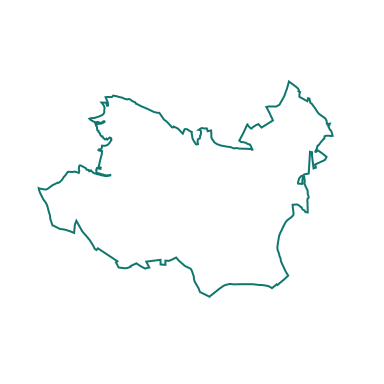 the district of Sincai, Mures, Romania, rotated 348°
{"feature_id": "2599482B3867982596225", "entity_name": "Sincai", "entity_type": "district", "adm_level": 2, "iso_a3": "ROU", "parent_name": "Romania", "parent_adm1": "Mures", "projection": "orthographic", "projection_center": [24.372, 46.658], "detail": "fine", "context": "isolated", "style": "outline", "palette": "teal", "viewbox_px": 384, "rotation_deg": 348, "n_neighbors": 0, "source": "geoboundaries", "source_scale": "gbopen_adm2", "svg_char_len": 6043}
<svg xmlns="http://www.w3.org/2000/svg" viewBox="0 0 384 384"><g transform="rotate(348 192 192)"><path d="M264.6,278.3L264.8,275.1L264.3,273.1L264.3,270.5L263.7,266.4L263.8,265.1L264.0,263.8L265.5,259.6L268.1,253.0L270.0,250.1L271.3,248.6L274.1,244.8L277.3,241.0L279.4,239.4L284.2,237.2L286.3,235.6L286.8,234.3L287.0,233.0L287.5,226.9L287.8,225.4L291.4,225.9L292.5,226.2L293.7,227.2L295.1,229.1L296.0,229.7L296.2,231.4L296.6,232.1L298.2,233.5L298.8,235.2L300.9,236.1L301.9,231.3L302.2,228.9L302.7,227.5L302.9,224.9L303.6,222.7L304.8,221.9L305.0,221.4L305.1,220.7L304.8,218.1L305.4,214.6L304.3,210.4L303.7,206.7L304.4,205.5L304.6,204.4L304.7,202.2L304.3,201.7L304.5,201.0L305.0,200.6L304.8,200.1L303.6,200.9L302.8,202.1L301.5,207.0L297.6,205.9L297.6,204.8L299.6,201.0L301.7,199.4L302.2,199.1L304.9,198.8L305.5,198.1L310.0,198.2L315.8,177.2L317.7,178.0L317.0,180.8L315.8,194.2L318.2,193.9L318.2,190.7L328.2,188.4L328.9,188.1L330.9,185.6L327.5,181.4L324.0,177.7L323.4,177.3L322.1,178.5L321.2,178.5L321.0,178.2L321.5,177.4L323.1,175.6L324.0,173.4L324.6,173.2L324.9,172.6L325.9,172.3L328.9,169.6L330.5,168.6L331.3,167.7L332.4,167.4L332.6,167.2L333.0,165.6L333.3,165.1L333.7,164.9L335.0,164.9L337.5,165.4L339.6,166.1L341.2,166.3L341.2,164.8L340.9,161.7L340.6,160.7L339.8,159.7L339.3,157.2L338.9,156.0L339.0,155.7L340.1,155.4L340.2,154.9L341.0,153.8L338.5,153.8L338.6,153.3L338.1,153.0L338.3,152.3L338.4,150.2L337.7,147.7L332.6,142.2L331.2,139.6L330.1,136.4L328.0,131.7L327.4,130.4L326.5,129.7L326.3,128.9L326.2,126.1L326.3,125.1L325.8,124.7L325.1,124.4L324.2,126.5L323.7,127.2L318.6,122.7L317.2,121.6L316.8,121.1L317.2,119.8L317.4,118.5L318.5,116.6L317.1,115.6L317.6,114.7L317.7,114.1L316.9,112.4L316.3,111.5L309.8,104.1L306.4,110.6L302.1,117.5L295.7,124.8L292.2,125.9L284.9,124.3L282.4,124.3L284.3,130.9L284.9,134.0L285.5,136.0L286.0,138.9L273.4,143.4L271.1,139.4L269.6,139.8L269.1,139.7L264.6,141.4L263.5,142.3L263.1,142.3L262.2,141.2L260.9,139.2L260.5,138.3L260.3,137.4L260.0,137.5L254.8,144.6L248.9,151.6L250.3,153.2L250.8,153.5L251.4,153.5L254.8,155.0L255.5,155.8L257.4,157.1L258.7,157.7L259.9,163.1L259.3,163.1L258.9,162.4L256.0,161.5L247.4,159.4L244.5,158.2L242.0,158.1L239.1,156.1L235.9,155.0L230.0,152.6L226.3,150.3L224.1,147.9L223.2,145.5L222.9,145.0L222.5,144.0L222.4,141.9L223.1,138.7L223.5,135.8L220.0,135.8L219.7,132.9L219.4,132.7L217.7,132.6L215.3,131.6L214.0,131.6L211.5,132.6L212.9,133.1L213.1,133.3L213.2,133.7L213.3,134.6L213.0,136.4L212.5,137.8L211.6,138.6L211.4,140.1L210.6,141.3L209.7,141.3L208.9,141.6L208.2,142.8L207.9,144.4L207.9,146.1L207.8,146.4L206.4,146.5L206.0,146.3L205.7,146.0L205.5,145.1L205.0,144.2L205.0,143.8L204.5,143.2L203.7,139.9L203.6,138.6L203.8,137.8L203.9,134.1L204.3,133.3L201.9,131.4L201.4,130.7L200.1,129.5L198.0,129.0L197.6,129.3L196.2,131.5L195.1,133.0L192.2,128.2L191.5,127.2L190.1,126.0L187.7,124.2L187.2,124.9L185.9,124.6L182.7,119.1L181.6,117.5L180.1,115.9L179.3,114.7L178.8,113.2L176.5,107.8L174.6,107.3L171.5,105.9L166.1,101.7L160.1,97.5L157.6,95.5L157.0,94.8L156.1,94.3L155.8,94.3L155.3,93.5L155.3,92.7L152.7,90.8L151.9,90.1L151.2,89.0L150.2,88.2L149.6,87.9L147.9,88.0L145.4,86.8L143.7,85.4L139.0,83.2L138.1,82.5L137.0,82.2L135.0,81.3L134.6,81.5L133.6,82.4L132.7,82.4L129.7,81.6L127.2,81.3L128.3,87.3L127.8,90.0L126.8,89.9L126.7,86.8L122.1,85.7L123.5,88.5L123.8,89.5L124.0,91.2L123.7,92.4L123.1,94.0L122.7,96.0L122.0,96.9L120.4,98.0L117.0,98.8L111.5,99.3L108.8,98.8L106.9,99.0L107.5,100.0L109.4,101.9L111.7,103.6L112.6,103.9L114.3,103.8L117.4,105.7L119.2,104.8L120.4,104.4L121.0,104.6L121.0,105.3L118.0,106.2L115.9,106.1L111.8,105.4L111.9,106.1L112.5,106.2L112.6,106.6L112.5,106.9L112.0,107.0L111.9,107.2L112.1,107.4L112.6,109.0L112.4,109.6L112.2,111.6L112.4,112.2L113.2,112.6L113.3,113.0L113.0,113.8L113.9,115.2L114.2,116.7L114.2,117.1L114.5,117.8L114.9,118.4L115.3,118.9L115.9,118.9L116.1,119.1L116.1,120.1L117.8,122.5L119.4,122.0L119.9,123.1L122.9,121.6L124.1,122.6L124.1,123.1L123.7,123.5L124.0,124.3L121.4,127.0L120.0,127.9L118.9,128.5L117.0,128.7L116.3,128.7L113.6,128.0L113.0,130.0L112.3,130.8L111.6,131.2L110.0,131.0L109.3,131.2L109.2,131.6L109.5,132.0L110.8,132.6L112.4,133.0L112.6,133.2L111.4,136.7L110.5,138.3L107.6,144.3L107.2,145.8L106.6,146.3L106.2,147.3L106.0,147.9L107.8,149.2L107.2,150.4L104.9,149.3L104.2,148.7L103.9,148.8L103.5,149.8L102.9,150.4L102.8,151.1L103.0,151.5L102.7,152.3L102.6,153.5L105.3,154.6L106.6,155.5L108.8,156.5L110.1,157.4L113.4,158.3L115.6,158.3L115.5,158.8L113.2,158.8L110.6,158.4L107.8,157.1L106.6,156.7L104.7,155.5L102.6,154.7L101.8,154.0L100.8,153.7L98.9,152.0L97.6,149.8L97.0,149.8L96.3,150.4L95.8,150.4L95.5,149.6L95.7,149.3L95.3,148.8L93.6,148.4L93.3,146.9L89.2,143.3L88.2,142.7L87.7,142.7L87.2,143.0L86.5,144.6L86.0,146.5L86.1,148.1L85.2,149.8L82.5,148.1L81.3,147.6L80.9,147.7L78.8,147.5L76.5,146.8L74.7,146.5L71.9,149.1L69.6,150.8L67.6,152.9L65.2,154.5L63.6,155.2L63.2,155.3L61.6,154.8L61.9,155.1L56.6,156.5L51.7,158.8L49.9,159.2L48.7,159.0L45.5,157.7L43.4,156.8L42.9,156.4L42.8,158.0L42.9,158.8L43.3,161.7L45.1,168.5L46.8,172.1L47.1,173.1L47.5,175.5L47.7,177.4L47.8,180.9L48.2,185.4L47.9,188.0L47.9,189.8L48.6,195.7L49.3,196.0L55.0,200.6L59.4,202.2L60.8,202.9L65.1,205.4L68.2,207.5L70.5,200.0L70.9,199.2L72.9,196.1L76.3,207.1L77.2,209.1L79.0,212.1L81.9,217.7L84.0,223.2L84.9,226.6L84.9,227.2L86.5,228.9L88.2,227.5L104.6,244.2L103.0,245.0L104.5,250.5L105.0,250.8L110.8,252.7L112.6,252.9L116.4,252.4L116.5,251.7L120.9,250.6L122.4,250.4L122.7,250.2L126.8,254.3L130.3,257.2L132.5,256.9L134.5,257.0L132.8,250.6L147.1,251.8L146.2,256.4L150.9,257.7L151.7,253.6L154.8,254.5L156.9,254.3L162.9,252.8L164.6,256.0L169.6,262.8L174.6,266.7L175.1,267.7L175.6,269.8L176.2,275.5L175.8,277.1L176.0,280.2L177.9,285.9L178.4,287.6L179.0,291.5L187.4,298.1L187.7,297.8L198.1,292.6L203.2,290.4L205.3,289.9L210.1,289.8L213.8,291.1L219.6,292.1L231.8,294.7L238.7,297.0L240.9,297.5L243.6,298.4L247.1,299.9L249.4,301.8L250.2,302.7L255.7,299.9L256.3,300.7L264.2,296.5L268.7,293.8L267.1,289.3L264.9,279.7L264.6,278.3Z" fill="none" stroke="#0f766e" stroke-width="2"/></g></svg>